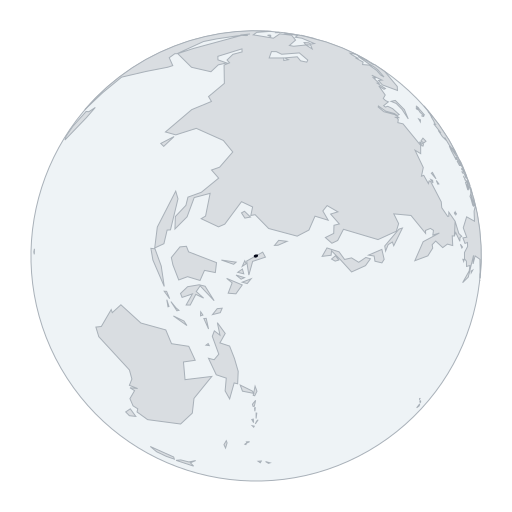 Benguet on an orthographic globe, rotated 60°
{"feature_id": "PHL-2559", "entity_name": "Benguet", "entity_type": "Province", "adm_level": 1, "iso_a3": "PHL", "parent_name": "Philippines", "parent_adm1": "", "projection": "orthographic", "projection_center": [120.715, 16.554], "detail": "fine", "context": "on_globe", "style": "filled", "palette": "ink", "viewbox_px": 512, "rotation_deg": 60, "n_neighbors": 0, "source": "natural_earth", "source_scale": "10m", "svg_char_len": 10328}
<svg xmlns="http://www.w3.org/2000/svg" viewBox="0 0 512 512"><g transform="rotate(60 256 256)"><circle cx="256" cy="256" r="225" fill="#eef3f6" stroke="#a8b0b8"/><path d="M442.1,347.3L441.9,348.7L441.6,349.0L442.1,347.3ZM387.4,73.0L370.8,63.7L365.5,66.2L371.4,72.0L364.2,67.3L380.4,82.7L382.4,90.4L375.5,78.8L371.2,75.5L370.3,78.9L365.7,76.4L362.6,76.8L357.2,73.7L353.6,68.0L350.0,66.1L349.6,68.7L343.8,67.8L345.1,64.1L335.2,62.4L327.4,54.0L335.1,49.4L326.2,44.7L322.0,40.7L317.8,39.5L314.2,38.4L329.8,43.1L345.0,49.0L359.7,56.0L373.9,64.0L387.4,73.0ZM302.3,35.5L299.8,35.1L296.0,34.4L296.6,34.4L302.3,35.5ZM467.8,192.8L465.9,188.1L467.4,189.7L467.8,192.8ZM464.6,186.2L465.3,187.6L464.7,186.6L464.6,186.2ZM464.0,186.1L464.4,186.2L464.1,186.6L464.0,186.1ZM463.4,186.7L463.6,186.2L463.7,186.4L463.4,186.7ZM461.8,186.0L461.3,185.7L461.3,184.8L461.8,186.0ZM389.4,74.4L389.1,74.2L388.9,74.1L389.4,74.4ZM383.7,71.2L381.9,69.7L387.3,73.2L386.7,72.9L383.7,71.2ZM376.6,77.2L376.6,75.4L378.2,78.1L376.6,77.2ZM363.1,77.4L364.6,78.9L362.3,78.5L363.1,77.4ZM352.0,73.7L348.0,73.1L351.5,72.7L352.0,73.7ZM345.2,72.1L335.5,71.3L337.9,74.2L325.5,66.2L337.9,69.1L341.8,68.0L342.0,70.1L345.2,72.1ZM305.4,36.2L307.5,36.7L304.1,35.9L303.8,35.9L305.4,36.2ZM307.2,36.7L322.7,41.2L321.5,41.5L316.6,39.7L317.8,41.0L309.6,38.8L307.0,37.6L309.4,37.8L304.5,36.9L307.2,36.7ZM320.2,62.3L317.4,61.5L319.7,61.3L320.2,62.3ZM299.1,35.0L302.3,35.7L301.5,35.9L294.9,34.5L297.3,34.9L299.1,35.0ZM322.1,42.7L320.4,42.9L313.2,41.0L311.6,41.0L309.3,38.8L322.1,42.7ZM295.5,34.5L291.5,33.9L288.5,33.3L295.9,34.4L295.5,34.5ZM304.1,36.6L303.4,36.7L301.6,36.1L304.1,36.6ZM275.4,31.6L279.3,31.9L279.2,32.0L275.4,31.6ZM290.2,33.8L291.3,34.1L291.7,34.3L288.5,33.9L290.2,33.8ZM304.4,37.9L301.8,37.3L305.0,38.6L299.7,37.7L299.1,36.6L297.2,36.7L295.6,36.4L296.9,35.9L304.4,37.9ZM286.4,34.1L283.9,33.0L276.7,32.0L276.6,31.9L288.2,33.5L286.4,34.1ZM292.5,35.1L288.7,34.4L290.5,34.3L294.1,34.8L292.5,35.1ZM296.4,37.6L304.6,39.3L304.4,39.5L296.4,37.6ZM284.0,33.8L284.7,34.1L283.3,33.7L284.0,33.8ZM292.2,36.3L295.1,36.8L294.8,37.0L292.2,36.3ZM283.6,34.5L282.8,34.1L285.2,34.3L283.6,34.5ZM287.2,35.3L286.2,35.6L286.6,34.6L288.6,35.5L287.2,35.3ZM291.5,36.5L292.3,36.7L290.3,36.2L291.5,36.5ZM274.7,34.4L274.6,33.2L280.1,33.4L279.4,34.5L274.7,34.4ZM67.1,133.3L69.1,130.3L62.7,143.5L63.1,147.8L76.1,132.0L75.5,124.3L82.6,114.8L88.8,113.8L90.4,121.8L93.2,118.5L98.2,107.3L104.8,103.8L100.7,103.2L97.8,107.4L95.2,107.6L97.7,103.8L99.9,102.5L101.2,99.2L90.3,107.4L86.2,112.6L85.8,109.6L78.9,118.2L76.6,120.4L87.4,106.9L91.0,103.0L106.1,87.8L105.7,88.2L118.9,77.2L132.9,67.3L132.4,67.7L142.7,61.5L143.1,61.6L136.8,65.0L131.4,68.5L127.4,73.2L129.1,72.7L136.2,68.6L134.2,70.8L141.6,66.3L143.5,68.0L147.3,62.5L155.7,58.7L161.6,57.6L165.0,55.6L155.4,57.5L151.0,59.3L146.1,62.2L134.6,67.6L134.1,67.2L148.7,58.7L149.6,57.5L160.6,52.3L179.8,48.9L183.4,50.7L171.0,61.0L165.2,62.2L166.7,58.9L157.3,65.3L161.9,63.1L160.2,65.3L167.9,63.1L167.0,64.6L175.7,60.2L175.6,61.8L170.1,64.6L181.2,63.6L183.2,67.0L186.2,66.1L188.7,64.3L189.6,70.3L191.7,69.5L192.2,67.1L196.7,64.0L205.1,61.3L204.9,63.5L201.9,64.8L195.3,71.3L187.3,75.0L188.1,75.7L195.0,73.1L203.1,65.0L208.1,62.8L205.1,66.5L206.6,64.9L209.1,64.6L211.4,66.5L215.1,62.6L242.5,58.1L249.7,62.2L243.9,65.4L263.0,66.9L269.6,72.8L270.0,70.4L279.5,70.5L277.5,68.5L278.5,67.5L301.7,68.5L307.1,71.0L317.6,70.2L317.9,69.1L314.5,67.1L325.5,66.2L337.9,74.2L336.7,76.0L345.3,80.4L341.4,84.3L342.1,90.1L332.9,92.9L334.3,97.8L337.5,99.0L341.8,107.1L339.5,120.8L327.2,104.1L327.8,85.7L326.3,92.4L322.5,89.5L319.3,91.2L318.6,96.4L321.2,97.8L298.4,101.5L288.4,115.6L299.3,116.3L304.7,122.1L302.8,142.1L276.6,166.9L283.4,177.5L282.9,183.9L274.7,186.7L275.3,177.4L268.4,173.1L269.9,167.8L257.0,170.4L258.7,163.0L247.9,169.2L250.4,175.6L261.1,175.6L251.0,185.0L260.0,197.2L259.4,210.4L238.5,231.3L219.8,236.1L218.3,240.2L211.8,234.4L201.7,241.4L212.8,267.1L212.0,273.9L196.3,284.8L196.2,279.7L178.8,264.4L174.5,280.3L187.6,296.1L192.1,312.7L181.5,306.1L177.1,291.4L171.0,285.5L173.5,271.5L169.9,249.4L159.3,251.5L160.9,243.1L154.3,224.1L139.6,226.5L115.6,243.9L111.0,264.9L103.3,272.4L97.1,238.5L99.9,217.3L94.2,217.4L90.7,197.1L74.7,188.2L75.5,182.3L71.8,183.1L69.8,175.2L72.3,166.0L69.6,164.6L64.0,189.2L67.1,190.9L74.1,184.9L71.6,193.1L73.9,202.9L60.3,217.5L41.6,222.6L45.0,206.4L57.7,158.3L60.2,154.3L60.5,153.8L60.9,152.8L56.8,159.0L60.7,150.2L48.3,181.5L44.0,194.2L41.3,223.3L40.2,225.1L40.9,232.0L49.5,232.9L48.4,238.0L41.2,258.9L33.9,283.0L37.9,307.0L42.4,325.9L43.6,331.1L38.9,316.0L35.2,300.6L32.6,284.9L31.1,269.1L30.7,253.2L31.5,237.4L33.4,221.6L36.3,206.0L40.4,190.7L45.5,175.6L51.7,161.0L58.9,146.9L67.1,133.3ZM96.9,96.6L87.8,106.3L89.5,104.2L87.3,106.6L96.9,96.6ZM86.7,140.4L91.1,145.6L98.3,133.0L100.6,134.2L102.2,129.8L98.8,132.1L104.1,120.7L109.3,119.8L113.5,115.1L112.2,113.2L101.8,116.9L94.1,132.9L89.2,136.2L86.7,140.4ZM292.4,33.7L291.3,33.6L287.1,33.0L284.1,32.6L286.2,32.8L280.7,32.2L281.3,32.1L292.4,33.7ZM279.0,31.9L277.2,31.7L276.9,31.7L279.0,31.9ZM213.0,34.9L210.0,35.5L210.9,35.3L213.0,34.9ZM251.9,30.8L255.3,30.9L264.7,31.2L266.6,31.5L262.4,31.4L267.3,31.8L260.6,32.0L261.9,32.4L256.5,33.2L247.7,33.3L249.7,33.8L245.8,34.9L238.3,35.4L241.9,34.3L231.0,35.9L231.7,34.7L230.4,35.0L228.0,34.6L222.8,34.7L224.2,34.2L221.6,34.5L220.0,34.4L216.9,34.8L218.2,34.2L214.5,34.7L217.3,34.2L210.6,35.4L216.2,34.3L214.9,34.5L233.3,31.9L251.9,30.8ZM273.0,34.6L262.2,34.2L257.3,33.6L268.6,32.5L268.4,32.1L275.5,32.0L282.5,33.1L279.8,32.9L278.9,33.1L277.1,32.7L277.8,33.1L274.1,33.1L273.7,33.5L270.3,33.2L273.0,34.6ZM136.8,65.2L136.8,65.5L135.0,66.6L132.9,67.7L136.8,65.2ZM206.0,42.3L208.9,41.2L210.0,41.2L218.0,39.6L218.2,40.7L213.4,42.1L206.0,42.3ZM73.4,133.6L70.6,135.6L71.8,133.2L72.5,133.0L73.4,133.6ZM74.4,123.6L72.1,128.0L73.5,124.7L74.4,123.6ZM207.5,43.2L210.8,42.3L208.9,43.5L207.5,43.2ZM218.7,41.5L217.2,42.7L219.1,40.6L218.7,41.5ZM139.0,444.3L143.7,447.2L141.4,446.4L139.0,444.3ZM51.4,333.7L60.0,363.5L57.3,360.6L52.2,350.0L45.9,330.9L47.5,328.6L47.0,320.9L51.4,333.7ZM249.2,355.1L256.2,356.6L256.0,357.6L249.2,355.1ZM241.9,351.1L249.8,352.1L240.6,353.1L241.9,351.1ZM252.9,352.5L261.0,351.2L264.5,349.9L263.9,351.9L252.9,352.5ZM236.5,350.7L207.9,347.3L196.8,343.2L199.3,339.9L217.3,343.1L236.5,350.7ZM198.4,339.7L181.6,327.0L159.7,293.1L167.5,295.0L190.6,317.0L189.1,320.0L199.3,329.6L198.4,339.7ZM239.7,325.6L238.1,334.9L222.2,332.4L215.0,330.1L210.1,317.3L212.8,311.4L218.7,312.3L242.0,293.5L250.0,299.5L242.7,307.8L249.2,316.7L239.7,325.6ZM111.6,267.2L114.9,281.1L110.9,282.2L111.6,267.2ZM252.0,279.5L242.2,288.0L251.4,276.3L252.0,279.5ZM257.8,268.3L258.1,273.1L254.5,268.1L257.8,268.3ZM217.6,246.7L211.4,247.0L211.5,243.6L219.5,241.3L217.6,246.7ZM258.8,221.8L257.7,231.5L256.1,234.7L253.8,228.5L258.8,221.8ZM213.4,55.6L202.1,56.2L194.0,58.3L189.6,61.7L190.9,57.6L203.4,54.3L213.4,55.6ZM238.9,57.4L242.7,55.0L244.3,56.3L243.7,57.1L238.9,57.4ZM238.9,55.7L237.4,52.5L241.6,51.4L242.0,54.1L238.9,55.7ZM222.0,46.6L218.6,46.6L220.3,45.5L222.0,46.6ZM388.9,427.8L391.1,428.3L384.6,433.9L375.9,439.9L368.1,442.8L388.9,427.8ZM325.9,446.8L325.5,441.3L334.8,440.3L331.0,445.5L325.9,446.8ZM395.0,423.1L400.8,417.1L403.0,410.5L402.3,416.2L406.8,415.1L393.0,427.4L395.0,423.1ZM291.4,422.6L247.3,432.5L237.5,430.2L239.7,425.2L230.0,408.2L233.2,408.8L230.7,397.4L256.5,389.2L274.9,371.1L289.7,373.0L300.6,359.4L315.9,360.8L311.5,371.8L327.6,379.3L338.2,354.5L348.3,380.9L360.2,389.7L363.8,405.3L343.5,431.7L331.6,437.0L329.2,434.8L324.3,437.4L316.5,436.5L311.9,428.5L307.1,431.0L311.6,424.8L304.7,430.3L300.5,425.0L291.4,422.6ZM401.1,374.1L403.4,374.5L407.1,378.4L403.4,378.1L401.1,374.1ZM436.2,353.9L437.2,355.7L434.8,356.8L436.2,353.9ZM441.6,349.0L438.8,350.5L442.1,347.3L441.6,349.0ZM413.2,357.6L414.3,359.1L413.4,359.8L413.2,357.6ZM412.2,357.2L413.6,354.4L413.4,357.1L412.2,357.2ZM401.1,344.1L402.5,342.6L403.1,343.6L401.1,344.1ZM266.6,357.5L276.3,350.9L281.7,350.6L266.6,357.5ZM399.1,341.4L395.5,341.4L395.9,339.9L399.1,341.4ZM399.3,338.0L398.9,336.0L401.1,340.6L399.3,338.0ZM392.5,333.9L396.8,337.2L392.0,334.4L392.5,333.9ZM389.9,334.6L386.8,333.2L387.0,332.5L389.9,334.6ZM355.0,338.4L366.6,350.3L357.4,350.2L346.9,342.8L339.0,349.8L320.8,348.3L324.9,344.1L322.4,337.3L303.7,334.0L300.0,329.5L306.6,326.8L294.4,322.8L307.7,321.4L313.2,330.7L320.8,323.9L334.0,325.9L347.0,329.1L357.5,335.8L355.0,338.4ZM307.9,341.2L310.2,341.3L308.2,343.9L307.9,341.2ZM380.8,328.5L385.3,332.6L384.8,333.7L382.6,333.2L380.8,328.5ZM359.9,334.2L371.1,326.7L373.8,326.7L366.3,335.3L359.9,334.2ZM368.3,321.9L373.6,322.8L376.4,327.0L375.3,328.1L368.3,321.9ZM280.6,331.5L280.1,334.0L276.7,331.8L280.6,331.5ZM285.1,330.3L295.5,333.6L284.1,332.4L285.1,330.3ZM253.9,319.3L256.9,325.5L266.3,322.4L259.1,327.3L265.6,337.5L263.5,341.0L257.0,330.0L254.9,340.7L250.7,340.1L248.4,330.6L252.5,319.6L256.7,315.2L273.8,314.6L253.9,319.3ZM285.0,323.0L282.2,315.9L284.3,311.4L287.2,315.3L285.0,323.0ZM274.3,298.7L267.3,290.1L260.7,292.6L274.2,282.4L278.7,292.3L274.3,298.7ZM268.6,280.5L262.5,282.8L269.0,276.8L268.6,280.5ZM261.0,280.0L260.5,274.3L265.3,275.5L261.0,280.0ZM271.8,281.0L273.3,271.6L275.5,277.4L271.8,281.0ZM259.0,261.6L268.9,271.7L255.7,266.6L256.0,248.3L261.7,248.4L259.0,261.6ZM296.4,192.1L295.5,187.0L300.9,186.3L300.0,190.0L296.4,192.1ZM317.6,181.2L302.0,184.6L289.3,188.0L292.9,190.6L289.4,198.9L284.5,190.5L293.9,182.0L303.3,181.0L305.4,174.2L312.8,170.2L312.2,161.6L315.6,158.3L319.1,166.0L317.6,181.2ZM311.5,158.1L313.2,143.7L323.0,146.7L324.9,150.4L320.0,155.6L315.1,153.7L311.5,158.1ZM316.5,141.3L311.7,139.5L304.2,118.7L305.0,115.2L316.0,131.6L312.1,130.9L312.2,135.8L316.5,141.3ZM317.9,62.7L317.4,61.6L319.6,62.8L317.9,62.7ZM277.1,66.4L278.8,65.2L281.3,66.3L277.1,66.4ZM284.7,62.6L280.7,62.1L285.0,61.6L284.7,62.6ZM271.8,61.4L279.2,61.5L272.0,62.8L271.8,61.4Z" fill="#d9dde1" stroke="#a8b0b8" stroke-width="1"/><path d="M255.3,257.3L255.2,257.1L255.1,256.8L255.1,256.4L255.1,256.1L255.5,255.6L255.6,255.4L255.7,254.8L255.8,254.7L256.1,254.6L256.3,254.7L256.5,254.9L256.6,255.0L256.7,255.3L256.7,255.6L256.7,255.8L256.7,256.2L256.7,256.4L256.7,256.5L256.6,256.8L256.4,256.9L256.2,257.0L256.1,257.3L255.9,257.4L255.7,257.4L255.4,257.3L255.3,257.3ZM255.8,256.8L255.7,256.5L255.4,256.5L255.5,256.8L255.8,256.8Z" fill="#0f172a" stroke="#020617" stroke-width="1.5"/></g></svg>